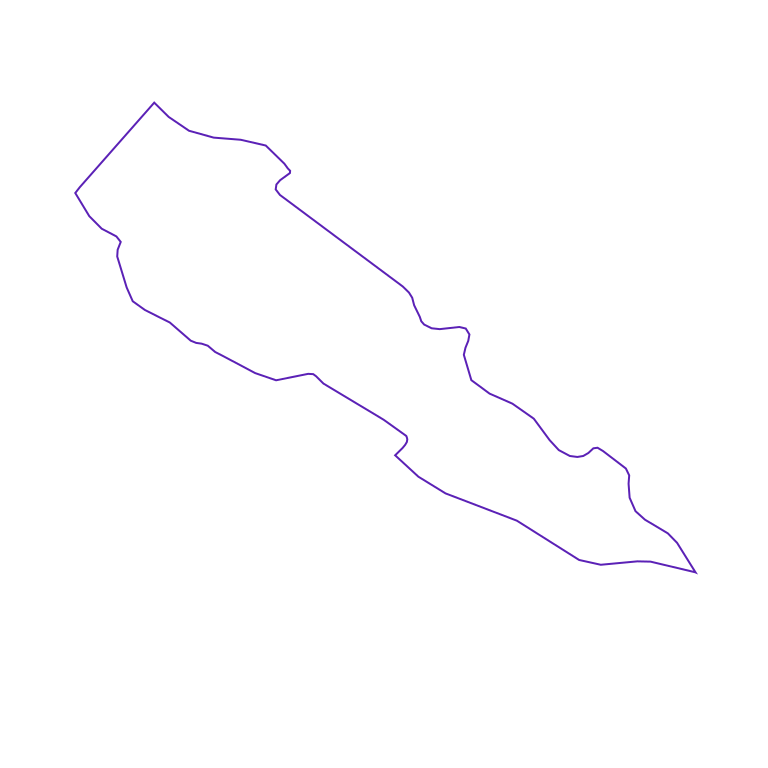 map outline of Plateau (Robinson projection), rotated 311°
{"feature_id": "BEN-2179", "entity_name": "Plateau", "entity_type": "Department", "adm_level": 1, "iso_a3": "BEN", "parent_name": "Benin", "parent_adm1": "", "projection": "robinson", "projection_center": [2.644, 7.082], "detail": "fine", "context": "isolated", "style": "outline", "palette": "violet", "viewbox_px": 768, "rotation_deg": 311, "n_neighbors": 0, "source": "natural_earth", "source_scale": "10m", "svg_char_len": 1292}
<svg xmlns="http://www.w3.org/2000/svg" viewBox="0 0 768 768"><g transform="rotate(311 384 384)"><path d="M445.6,26.0L444.3,46.3L447.2,70.7L458.2,93.8L474.3,115.6L486.4,138.3L484.9,164.3L483.6,169.9L483.3,173.3L481.5,174.6L469.7,171.9L464.0,171.9L459.8,174.6L458.4,181.5L469.9,334.2L469.4,342.8L467.6,348.7L463.2,355.1L458.2,366.9L455.8,371.0L455.2,375.3L457.3,383.4L462.0,390.1L476.4,403.4L479.5,409.3L477.4,416.0L471.8,419.3L464.8,421.7L458.4,425.1L444.2,447.4L446.0,470.0L453.4,493.8L456.1,519.8L450.3,545.8L448.8,559.3L451.6,571.5L455.8,577.8L460.4,581.6L466.0,583.5L472.8,584.2L476.0,587.0L477.1,593.3L478.9,622.0L475.9,629.0L469.2,634.0L459.3,644.0L453.0,657.3L452.8,670.0L457.5,696.2L456.4,709.4L446.2,742.7L446.1,742.4L424.8,701.7L416.4,691.6L389.8,666.2L379.2,646.7L368.0,573.9L341.8,502.2L336.6,470.8L337.5,439.2L347.9,440.0L351.9,439.9L355.2,439.3L357.5,437.9L358.8,436.1L359.2,435.2L359.4,434.9L356.8,407.2L344.6,338.0L345.3,327.6L345.0,324.1L341.9,320.1L316.0,300.1L307.7,279.6L299.2,242.9L297.4,235.6L297.3,225.9L294.8,219.9L291.8,215.3L289.9,209.7L289.9,182.0L286.9,170.4L283.0,155.0L281.6,140.1L288.0,126.5L305.2,99.0L310.6,94.9L318.5,92.1L319.8,85.2L316.0,69.1L317.3,51.5L325.6,25.7L332.9,25.3L445.4,26.0L445.6,26.0Z" fill="none" stroke="#5b21b6" stroke-width="2"/></g></svg>